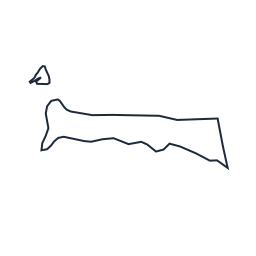 map outline of East Grand Bahama (Robinson projection), rotated 193°
{"feature_id": "BHS-5012", "entity_name": "East Grand Bahama", "entity_type": "District", "adm_level": 1, "iso_a3": "BHS", "parent_name": "The Bahamas", "parent_adm1": "", "projection": "robinson", "projection_center": [-78.023, 26.67], "detail": "fine", "context": "isolated", "style": "outline", "palette": "slate", "viewbox_px": 256, "rotation_deg": 193, "n_neighbors": 0, "source": "natural_earth", "source_scale": "10m", "svg_char_len": 894}
<svg xmlns="http://www.w3.org/2000/svg" viewBox="0 0 256 256"><g transform="rotate(193 128 128)"><path d="M21.9,111.5L34.0,116.5L40.9,114.6L56.2,118.6L73.1,121.7L84.0,122.1L88.5,115.0L95.4,111.4L105.7,116.3L112.0,117.5L123.8,112.4L139.8,114.8L150.3,111.3L160.9,106.3L167.6,105.4L188.6,105.0L193.7,102.7L196.9,98.4L199.1,93.4L202.1,89.1L207.3,86.8L208.1,94.0L206.4,101.9L205.5,109.9L211.4,123.6L211.7,131.0L208.9,137.2L202.8,140.0L200.4,139.0L194.8,133.9L191.7,132.0L187.4,131.2L165.7,132.5L146.0,137.3L100.4,146.9L81.9,146.9L42.8,157.4L31.4,131.5L21.9,111.5ZM227.7,154.9L229.5,153.0L233.1,150.0L234.1,151.1L231.1,154.9L230.0,157.2L229.9,158.9L228.4,161.7L227.1,165.8L225.0,169.1L222.9,169.2L222.2,168.1L221.4,166.6L216.9,160.8L215.4,157.5L214.7,154.2L216.5,152.6L226.5,150.6L228.0,152.5L224.9,156.5L224.2,157.7L226.6,156.0L227.7,154.9Z" fill="none" stroke="#1e293b" stroke-width="2"/></g></svg>